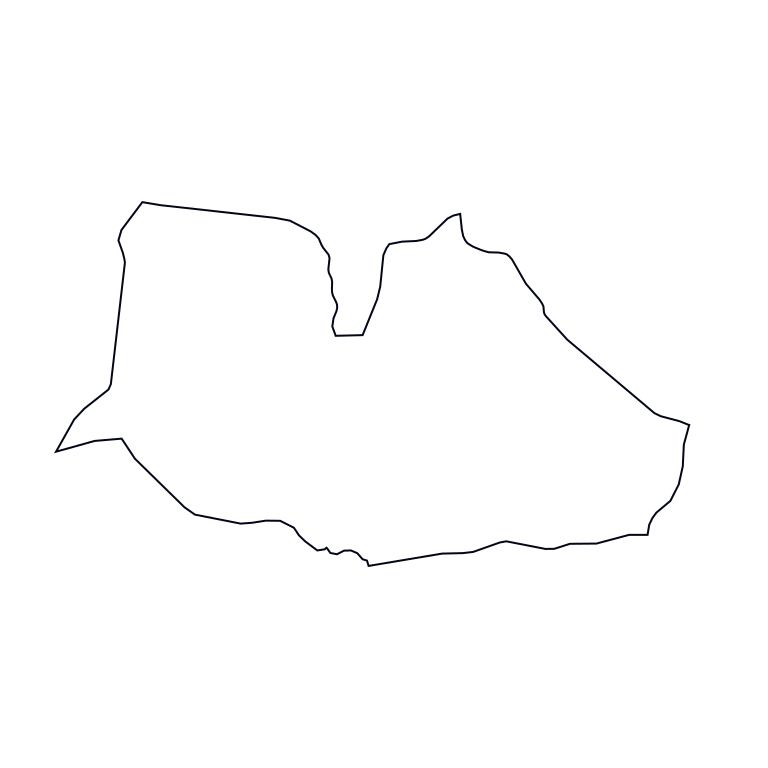 SVG path tracing the border of Tartus, rotated 281°
{"feature_id": "SYR-135", "entity_name": "Tartus", "entity_type": "Province", "adm_level": 1, "iso_a3": "SYR", "parent_name": "Syria", "parent_adm1": "", "projection": "robinson", "projection_center": [36.109, 34.945], "detail": "fine", "context": "isolated", "style": "outline", "palette": "ink", "viewbox_px": 768, "rotation_deg": 281, "n_neighbors": 0, "source": "natural_earth", "source_scale": "10m", "svg_char_len": 1613}
<svg xmlns="http://www.w3.org/2000/svg" viewBox="0 0 768 768"><g transform="rotate(281 384 384)"><path d="M360.2,693.0L341.6,692.5L323.9,687.4L309.7,675.9L303.7,673.1L296.5,671.2L286.2,671.5L282.7,653.4L267.9,623.0L262.6,597.0L254.7,582.6L252.9,573.9L252.9,534.0L250.5,527.9L236.2,503.6L233.1,493.9L228.6,473.4L202.5,403.6L207.4,401.0L207.9,396.4L212.8,390.1L214.3,383.3L212.8,376.6L207.9,370.3L207.9,363.6L212.0,359.3L212.3,358.7L210.4,357.3L207.9,350.3L214.5,336.6L219.2,329.4L225.7,323.0L229.9,308.2L227.3,294.0L222.6,281.0L219.6,269.9L219.7,223.3L224.9,211.7L263.1,153.8L280.3,136.9L272.9,110.8L255.0,75.0L290.0,86.6L302.6,94.5L326.0,114.6L331.7,115.9L453.8,106.5L457.1,105.3L463.0,102.6L474.3,95.9L485.1,96.9L516.4,112.1L516.9,130.6L526.3,245.4L526.4,260.4L519.8,282.9L517.2,288.5L514.4,292.2L508.9,295.9L506.0,298.4L500.4,304.9L497.3,306.5L485.8,307.5L482.5,308.7L477.5,312.4L474.4,313.6L467.0,314.8L463.6,315.7L460.7,317.2L455.7,321.1L453.0,322.7L449.9,323.5L446.3,323.4L438.8,321.9L430.6,322.3L422.1,327.4L427.9,353.7L465.9,361.1L479.0,361.7L510.3,358.8L517.5,360.4L522.3,362.5L527.2,374.6L530.5,388.2L532.9,394.4L534.6,397.2L537.7,400.2L558.5,414.8L562.5,419.8L565.5,426.3L550.6,430.9L544.3,433.5L541.7,435.4L540.4,436.4L538.3,438.8L537.1,441.6L535.7,445.6L534.0,454.2L533.5,458.5L533.3,461.9L534.9,471.3L535.0,477.8L534.7,479.8L533.2,482.7L530.6,486.0L509.5,504.2L496.7,520.3L493.3,523.7L490.6,525.7L485.3,527.2L483.7,527.9L482.5,528.9L481.4,530.1L462.5,555.4L407.0,655.0L405.2,661.7L403.9,681.0L402.0,691.1L402.0,691.4L381.7,689.9L360.2,693.0Z" fill="none" stroke="#020617" stroke-width="2"/></g></svg>